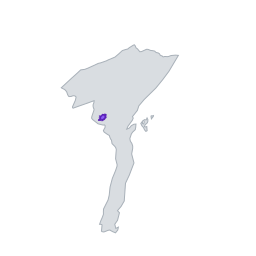 location of Emni Haili, Debub, Eritrea, rotated 52°
{"feature_id": "51966322B75745826178298", "entity_name": "Emni Haili", "entity_type": "district", "adm_level": 2, "iso_a3": "ERI", "parent_name": "Eritrea", "parent_adm1": "Debub", "projection": "equal_earth", "projection_center": [38.709, 14.717], "detail": "fine", "context": "in_parent", "style": "filled", "palette": "violet", "viewbox_px": 256, "rotation_deg": 52, "n_neighbors": 0, "source": "geoboundaries", "source_scale": "gbopen_adm2", "svg_char_len": 3894}
<svg xmlns="http://www.w3.org/2000/svg" viewBox="0 0 256 256"><g transform="rotate(52 128 128)"><path d="M55.2,155.8L54.5,147.1L54.0,141.3L53.6,135.2L53.1,129.5L55.2,125.9L56.2,122.6L58.8,111.6L59.8,109.5L61.8,103.6L62.1,101.9L64.1,94.6L63.9,89.7L63.5,84.8L64.6,81.8L65.6,79.5L65.5,77.5L66.0,72.9L66.3,71.8L67.4,71.7L69.8,72.3L71.6,71.8L73.6,71.8L75.2,71.7L76.1,70.3L77.4,64.9L78.3,63.9L78.9,63.5L80.7,62.5L82.2,61.0L83.5,59.9L83.9,59.6L85.3,59.5L86.6,58.8L87.2,58.1L88.9,57.5L90.5,57.8L91.6,57.2L92.3,56.7L93.2,56.7L93.9,56.1L94.2,55.1L94.7,54.5L96.0,53.1L96.6,52.1L96.9,51.1L97.1,50.3L97.7,49.0L99.9,45.6L101.8,43.6L108.5,60.8L111.3,71.0L113.7,81.6L115.5,97.6L117.2,105.8L119.9,109.8L121.8,117.5L123.4,117.8L124.6,119.9L126.6,127.0L128.1,129.7L128.8,127.4L128.7,126.1L128.2,123.9L128.7,121.0L129.8,119.3L132.3,121.6L133.8,123.4L134.1,126.9L134.7,128.9L137.4,133.0L139.7,134.2L142.6,134.5L145.1,135.4L147.0,136.9L150.7,141.1L159.2,144.8L166.0,156.1L170.0,164.0L183.2,175.9L185.5,181.6L186.7,187.2L189.5,186.9L194.3,193.1L195.7,197.7L199.6,199.4L200.2,196.6L202.1,198.9L202.9,202.4L200.4,203.8L197.7,205.0L197.3,205.0L196.4,206.6L195.1,211.0L193.7,212.3L192.9,212.4L188.6,208.3L188.0,208.1L187.0,208.9L186.4,209.7L184.4,206.6L182.9,203.8L180.9,200.5L178.9,199.0L176.8,197.2L174.7,192.8L172.5,188.1L169.4,184.2L163.5,178.5L158.1,171.4L153.9,164.0L151.3,160.1L150.1,159.1L144.6,156.7L140.8,153.3L137.8,150.5L136.0,149.8L134.3,149.7L130.5,150.2L127.4,148.5L126.1,148.5L124.1,148.0L122.4,147.3L120.5,148.1L116.6,149.3L115.0,149.1L114.1,147.3L113.6,146.0L112.2,144.6L111.1,144.6L110.4,145.8L106.3,149.0L99.5,150.7L97.8,150.6L96.6,149.3L93.1,144.0L92.2,143.1L91.4,143.0L89.8,142.4L88.3,141.3L86.9,139.1L85.6,137.9L84.2,142.2L81.7,149.7L80.3,153.8L78.6,159.0L78.0,159.2L77.2,158.8L73.7,152.3L71.6,149.8L70.0,150.1L68.8,151.3L68.1,153.4L67.2,154.8L66.4,155.3L64.5,155.0L61.6,154.0L58.7,154.2L55.6,155.7L55.2,155.8ZM136.0,112.5L136.9,114.1L137.5,114.0L138.0,113.5L138.4,112.3L141.9,114.6L141.7,116.0L139.6,116.1L137.2,115.5L134.9,115.7L132.3,115.1L131.6,112.5L133.3,113.8L134.2,113.5L134.4,113.1L133.2,111.4L131.5,111.1L131.6,109.8L132.3,109.2L132.8,108.6L131.8,106.8L133.7,107.2L135.0,108.3L135.8,109.6L136.0,112.5ZM134.5,101.0L135.2,103.9L133.1,102.8L132.7,102.2L133.7,101.0L133.9,100.3L134.5,101.0Z" fill="#d9dde1" stroke="#a8b0b8" stroke-width="1"/><path d="M106.4,141.8L106.4,141.7L106.5,141.5L106.5,141.4L106.5,141.2L106.4,141.0L106.4,140.9L106.2,140.8L106.1,140.7L106.0,140.4L106.1,140.2L106.1,139.9L106.1,139.7L106.1,139.4L105.9,139.3L105.7,139.3L105.7,139.2L105.6,139.3L105.4,139.2L105.1,139.0L104.9,139.0L104.8,138.9L104.8,138.7L104.7,138.7L104.4,138.5L104.4,138.4L104.3,138.2L104.2,138.0L104.2,137.9L104.0,138.0L103.9,138.0L103.9,137.9L103.7,137.8L103.4,137.8L103.4,137.7L103.3,137.8L103.2,137.8L103.5,138.4L103.6,138.5L103.4,138.7L103.3,138.8L103.0,138.9L102.9,139.0L102.7,138.9L102.6,139.0L102.4,139.3L102.2,139.4L102.2,139.5L101.9,139.6L101.8,139.8L101.9,140.1L101.9,140.3L101.9,140.5L102.0,140.8L102.1,141.0L102.1,141.3L102.2,141.5L102.1,141.8L102.1,142.0L101.9,142.2L101.9,142.3L101.8,142.5L101.7,142.6L101.8,142.6L101.9,142.8L102.0,142.9L102.0,143.0L102.1,142.9L102.2,143.0L102.3,143.0L102.5,143.0L102.6,143.3L102.7,143.5L102.8,143.5L102.9,143.8L103.0,143.8L103.2,143.7L103.3,143.7L103.3,143.8L103.5,143.9L103.5,144.0L103.5,144.3L103.5,144.5L103.5,144.9L103.5,145.0L103.5,145.3L103.5,145.5L103.6,145.9L103.6,146.0L103.8,146.2L104.0,146.0L104.1,145.9L104.1,145.7L104.3,145.5L104.5,145.5L104.4,145.5L104.4,145.4L104.5,145.3L104.6,145.2L104.7,144.9L104.8,144.8L104.9,144.7L105.0,144.6L105.0,144.4L105.1,144.2L105.3,144.0L105.3,143.9L105.4,143.7L105.5,143.8L105.6,143.7L105.8,143.5L105.8,143.4L105.9,143.2L106.0,143.1L106.0,142.9L106.1,143.0L106.1,142.9L106.2,142.7L106.3,142.6L106.4,142.4L106.4,142.2L106.3,141.9L106.4,141.8Z" fill="#8b5cf6" stroke="#5b21b6" stroke-width="1.5"/></g></svg>